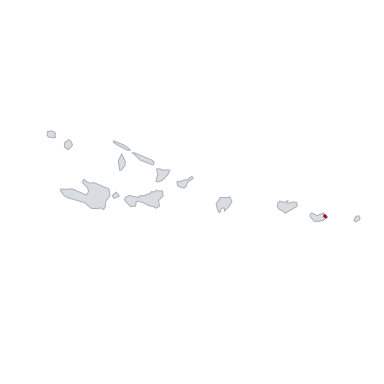 location of South Tanna, Tafea, Vanuatu, rotated 305°
{"feature_id": "77236927B47218530990891", "entity_name": "South Tanna", "entity_type": "district", "adm_level": 2, "iso_a3": "VUT", "parent_name": "Vanuatu", "parent_adm1": "Tafea", "projection": "orthographic", "projection_center": [169.459, -19.612], "detail": "fine", "context": "in_parent", "style": "filled", "palette": "rose", "viewbox_px": 384, "rotation_deg": 305, "n_neighbors": 0, "source": "geoboundaries", "source_scale": "gbopen_adm2", "svg_char_len": 2912}
<svg xmlns="http://www.w3.org/2000/svg" viewBox="0 0 384 384"><g transform="rotate(305 192 192)"><path d="M125.8,91.8L128.9,107.2L132.3,107.1L134.0,106.3L136.0,102.6L136.8,96.9L138.6,96.1L140.8,96.7L139.9,98.5L140.6,103.1L142.3,105.5L143.4,106.0L145.9,117.9L146.7,120.4L146.7,122.4L142.0,126.9L134.9,126.8L129.9,129.6L126.8,129.5L126.8,126.4L124.1,124.1L120.9,119.0L121.6,109.9L115.9,93.1L115.8,88.8L117.6,83.3L119.4,83.0L122.0,87.6L125.8,91.8ZM156.6,150.8L158.7,151.8L159.8,151.8L160.5,154.1L167.0,158.6L168.8,158.4L170.3,160.9L173.1,162.1L173.9,164.6L175.9,167.2L172.4,170.4L165.7,169.6L162.0,173.2L158.5,172.3L157.9,170.5L158.3,169.8L156.2,165.1L155.2,157.9L153.8,153.6L152.2,151.8L149.1,153.4L147.9,153.7L144.8,150.3L146.2,143.1L146.9,141.1L149.3,140.6L153.1,142.5L156.6,150.8ZM243.4,283.8L241.4,286.0L239.6,285.8L228.0,280.5L228.4,278.4L227.9,272.9L229.2,269.9L232.4,268.6L234.9,269.2L236.4,273.7L239.9,275.5L237.5,277.0L241.7,280.3L243.4,283.8ZM203.6,218.2L208.1,224.9L209.8,225.4L207.2,230.2L201.6,230.7L194.9,229.5L197.4,227.8L196.1,226.0L194.1,225.6L191.8,226.5L190.7,226.2L192.2,223.1L195.8,218.8L196.9,218.4L197.9,218.4L198.9,218.7L203.6,218.2ZM196.6,161.7L191.4,162.2L184.2,160.8L181.2,158.8L179.9,156.8L182.4,155.3L186.0,154.5L190.5,149.8L192.1,151.6L193.8,156.8L195.6,158.4L196.6,160.0L196.6,161.7ZM250.4,311.9L248.0,317.0L244.0,315.8L240.2,312.2L238.2,308.9L239.6,302.8L241.5,301.7L243.5,302.0L244.5,308.1L250.4,311.9ZM192.7,144.6L191.9,144.7L191.1,142.5L188.5,131.1L190.1,120.8L191.2,122.9L195.1,140.9L194.6,143.9L192.7,144.6ZM203.4,182.4L204.8,183.1L204.0,185.1L197.8,182.9L192.9,183.8L191.5,183.7L190.0,181.9L188.9,178.4L189.4,175.9L191.5,174.1L192.2,173.8L193.8,176.0L195.2,177.4L196.6,178.0L199.8,181.5L203.4,182.4ZM178.9,119.7L175.9,121.8L170.2,121.7L168.2,120.5L175.0,113.9L183.0,112.5L178.9,119.7ZM163.6,64.8L161.8,67.2L156.6,66.5L155.4,65.9L155.7,61.9L157.0,60.6L160.0,59.3L164.3,61.2L163.6,64.8ZM159.1,48.3L158.5,48.8L157.4,48.5L154.7,42.8L155.3,40.9L158.7,39.1L161.7,42.2L162.0,43.9L162.0,45.4L161.6,46.7L159.6,47.3L159.1,48.3ZM191.4,114.5L190.7,117.4L188.8,114.1L187.5,100.0L188.0,98.6L188.9,98.5L191.3,108.4L191.4,114.5ZM268.2,342.3L266.7,344.9L264.3,344.9L261.2,343.0L261.8,340.7L265.3,340.3L266.3,340.5L268.2,342.3ZM147.7,133.5L146.9,134.7L142.1,131.8L143.1,128.8L148.3,129.8L147.7,133.5Z" fill="#d9dde1" stroke="#a8b0b8" stroke-width="1"/><path d="M248.4,317.0L248.4,316.9L248.5,316.9L248.6,316.7L248.8,316.5L248.9,316.4L249.0,316.4L249.1,316.2L249.1,315.9L249.1,315.7L249.3,315.6L249.3,315.4L249.4,315.2L249.3,314.9L249.4,314.7L249.3,314.4L249.3,314.2L249.3,313.9L249.3,313.7L249.2,313.7L248.8,313.7L248.5,313.8L248.3,313.8L248.0,313.8L247.9,313.8L247.7,314.0L247.6,314.3L247.6,314.5L247.6,314.8L247.6,315.0L247.5,315.3L247.5,315.8L247.6,316.1L247.8,316.2L247.8,316.3L248.1,316.5L248.3,316.7L248.4,316.8L248.4,317.0Z" fill="#f43f5e" stroke="#9f1239" stroke-width="1.5"/></g></svg>